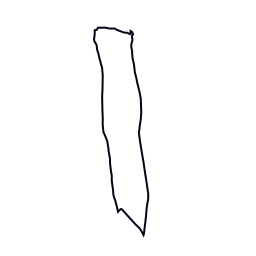 the district of Sorsele, Västerbotten, Sweden, rotated 245°
{"feature_id": "70781695B2170511041252", "entity_name": "Sorsele", "entity_type": "district", "adm_level": 2, "iso_a3": "SWE", "parent_name": "Sweden", "parent_adm1": "Västerbotten", "projection": "equal_earth", "projection_center": [16.78, 65.694], "detail": "fine", "context": "isolated", "style": "outline", "palette": "ink", "viewbox_px": 256, "rotation_deg": 245, "n_neighbors": 0, "source": "geoboundaries", "source_scale": "gbopen_adm2", "svg_char_len": 1550}
<svg xmlns="http://www.w3.org/2000/svg" viewBox="0 0 256 256"><g transform="rotate(245 128 128)"><path d="M56.4,83.6L56.7,84.0L56.9,85.3L57.6,86.9L57.5,87.6L56.3,88.2L53.1,89.3L48.6,90.6L40.2,93.2L37.7,94.0L35.3,94.9L32.8,95.9L30.7,96.4L27.2,96.7L24.4,96.8L25.2,97.6L28.1,99.4L31.4,101.4L35.6,104.1L42.1,108.0L46.8,110.6L51.8,113.9L54.7,116.1L60.0,118.6L65.8,120.3L71.4,122.0L79.8,124.4L89.7,127.4L104.0,131.3L110.6,133.2L119.2,135.9L121.9,137.7L125.0,139.6L127.7,141.4L130.4,143.2L136.1,146.4L142.6,149.2L149.0,151.9L154.9,153.5L160.6,154.6L165.0,155.5L170.0,156.7L175.4,157.7L183.2,160.3L189.3,161.6L196.6,164.4L200.0,165.2L202.0,166.1L203.9,167.5L205.7,169.1L208.8,170.2L210.1,170.7L210.7,172.1L213.1,172.4L214.8,171.3L212.5,170.2L212.2,169.5L213.8,168.2L214.8,167.4L216.1,164.8L219.4,161.6L221.5,159.5L223.8,158.0L226.0,153.2L228.7,149.6L230.3,145.8L231.6,143.4L230.2,141.1L230.7,139.1L229.3,138.5L226.8,137.3L224.0,135.5L223.0,134.9L222.7,134.6L220.7,134.2L218.5,134.4L216.5,134.6L214.9,134.1L212.5,133.2L209.7,132.8L208.0,132.7L205.5,132.0L202.8,131.5L199.6,131.0L198.1,130.6L194.8,130.2L192.5,129.6L190.1,128.7L186.5,127.4L179.3,123.9L173.6,121.1L166.9,117.6L153.7,111.8L147.6,109.3L141.8,106.5L138.2,105.2L134.5,104.0L131.6,104.0L127.2,103.8L124.1,103.5L121.7,102.7L118.0,101.7L114.7,100.5L111.5,99.7L107.7,98.7L103.6,96.8L99.4,95.4L94.6,93.9L91.4,93.1L88.8,91.7L85.8,90.6L82.6,89.6L78.0,88.2L73.9,86.6L70.7,86.0L67.3,85.8L64.7,85.2L61.3,84.7L60.6,84.5L59.4,84.2L57.3,83.7L56.4,83.6Z" fill="none" stroke="#020617" stroke-width="2"/></g></svg>